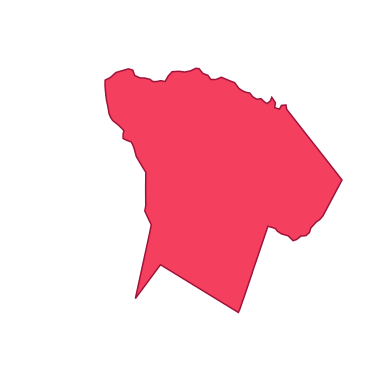 Paudalho, Pernambuco, Brazil (Natural Earth projection), rotated 207°
{"feature_id": "56859067B48734598444880", "entity_name": "Paudalho", "entity_type": "district", "adm_level": 2, "iso_a3": "BRA", "parent_name": "Brazil", "parent_adm1": "Pernambuco", "projection": "natural_earth1", "projection_center": [-35.132, -7.887], "detail": "fine", "context": "isolated", "style": "filled", "palette": "rose", "viewbox_px": 384, "rotation_deg": 207, "n_neighbors": 0, "source": "geoboundaries", "source_scale": "gbopen_adm2", "svg_char_len": 1328}
<svg xmlns="http://www.w3.org/2000/svg" viewBox="0 0 384 384"><g transform="rotate(207 192 192)"><path d="M194.1,71.4L187.1,112.9L146.7,109.7L96.0,105.7L96.2,109.4L98.5,125.9L101.4,145.8L102.3,151.1L103.5,159.7L107.8,189.0L108.8,196.0L101.3,197.3L98.0,195.8L93.2,195.3L86.4,196.6L79.8,194.5L77.2,197.2L74.9,202.2L70.6,204.9L69.0,209.3L69.8,213.9L67.7,221.6L65.5,225.9L64.5,230.1L63.8,270.8L91.4,283.7L119.1,296.5L145.1,308.6L147.8,312.2L151.6,309.8L151.7,305.6L156.6,304.7L158.2,309.4L163.9,312.6L163.5,308.6L165.4,304.8L169.0,305.3L172.9,306.5L176.5,304.0L181.1,304.4L185.5,306.4L189.4,305.3L193.2,305.1L197.3,305.6L203.7,308.8L209.2,308.2L217.9,307.6L221.7,303.1L226.3,300.8L230.9,303.2L236.2,302.6L241.7,305.1L244.8,303.9L248.3,299.3L252.9,295.6L258.5,293.6L264.3,290.2L265.9,284.2L266.1,278.3L270.4,277.0L273.7,274.3L277.1,272.6L280.5,273.3L285.5,272.2L290.1,270.1L295.9,269.8L300.1,273.7L304.5,272.9L314.0,264.0L316.8,256.8L320.2,252.2L318.1,247.9L315.8,244.0L312.9,239.4L309.9,235.0L307.1,231.6L304.9,228.8L301.4,224.1L298.5,221.6L295.2,219.7L287.5,218.1L280.7,215.9L279.6,212.2L277.7,208.4L274.0,208.4L268.8,209.0L265.9,206.9L263.3,204.5L257.7,198.3L248.6,192.5L242.1,188.6L235.1,174.5L227.0,158.8L225.4,153.6L218.4,148.1L213.4,144.3L211.1,136.1L194.1,71.4Z" fill="#f43f5e" stroke="#9f1239" stroke-width="1.5"/></g></svg>